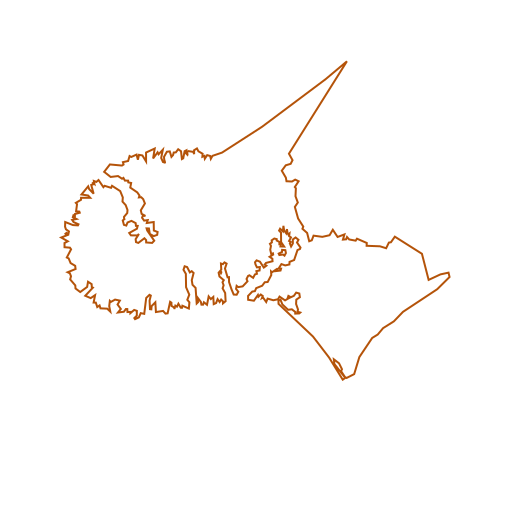 Christchurch City, Canterbury, New Zealand, rotated 151°
{"feature_id": "76426892B12142127553015", "entity_name": "Christchurch City", "entity_type": "district", "adm_level": 2, "iso_a3": "NZL", "parent_name": "New Zealand", "parent_adm1": "Canterbury", "projection": "equal_earth", "projection_center": [172.85, -43.646], "detail": "fine", "context": "isolated", "style": "outline", "palette": "amber", "viewbox_px": 512, "rotation_deg": 151, "n_neighbors": 0, "source": "geoboundaries", "source_scale": "gbopen_adm2", "svg_char_len": 6164}
<svg xmlns="http://www.w3.org/2000/svg" viewBox="0 0 512 512"><g transform="rotate(151 256 256)"><path d="M96.9,143.8L95.7,148.1L103.6,150.5L116.6,151.4L109.8,177.5L125.2,205.6L131.3,202.6L133.3,203.3L138.4,199.7L142.9,204.4L154.3,211.3L152.8,213.7L159.3,222.2L161.4,221.1L166.5,225.3L167.2,228.5L169.1,226.9L172.0,228.2L168.2,232.0L175.4,233.1L176.1,241.7L181.6,238.5L188.7,240.6L195.8,245.9L199.6,242.7L202.3,243.1L200.1,251.4L202.2,257.3L200.4,258.8L201.0,268.4L198.2,280.1L193.5,282.5L192.5,289.1L188.3,295.9L188.6,297.5L182.5,300.7L184.7,303.8L188.4,303.7L193.1,306.6L191.9,310.0L192.1,318.1L186.0,320.9L181.0,319.8L177.6,322.1L177.6,329.5L82.1,382.2L109.4,376.9L187.9,366.1L235.6,362.9L245.5,364.7L248.4,362.9L247.6,365.7L249.8,367.9L253.6,365.9L252.6,368.6L254.8,368.8L253.1,371.3L255.6,375.5L255.5,378.7L258.9,378.5L260.7,375.1L260.4,377.5L264.4,380.6L266.0,380.1L266.6,378.1L266.9,377.8L267.6,380.4L265.9,382.2L267.6,382.3L272.3,376.7L273.8,376.7L270.8,384.0L272.3,387.1L275.9,385.5L277.8,386.4L279.6,384.5L281.9,383.7L280.7,389.3L283.4,390.4L288.4,387.3L289.5,384.9L290.0,382.6L290.3,381.9L290.5,381.9L291.8,383.3L291.4,387.7L286.0,394.1L291.9,392.2L291.8,394.4L298.7,391.2L292.5,399.1L302.0,399.8L306.3,392.0L306.6,399.0L309.3,401.2L312.6,397.5L311.3,402.6L317.1,403.1L318.1,404.7L321.8,401.1L326.9,402.6L327.5,400.2L329.4,400.1L339.4,406.9L348.0,403.2L344.8,395.6L337.9,392.8L335.7,388.5L334.1,388.6L334.1,385.5L331.3,383.9L332.0,382.3L329.8,380.4L332.8,376.8L329.0,369.2L328.6,365.3L330.0,364.0L327.9,363.1L327.1,360.4L327.7,355.8L334.6,351.8L335.6,348.3L333.3,344.7L335.6,346.0L337.1,344.7L336.7,341.2L333.3,339.9L335.5,337.8L329.0,335.3L333.0,327.8L330.4,324.7L332.2,322.4L335.8,323.0L338.2,326.8L336.3,332.0L338.3,333.2L338.8,331.1L337.6,318.7L340.5,317.8L345.5,321.1L344.4,323.2L345.0,325.6L352.6,324.5L354.2,326.3L353.1,329.1L347.7,332.0L349.8,331.5L355.4,334.7L355.7,337.6L346.9,337.6L344.9,339.7L346.4,340.6L345.3,343.1L347.9,347.1L352.1,347.6L354.7,345.5L356.4,347.3L355.3,351.7L352.4,352.2L353.3,352.4L352.5,354.2L347.8,356.0L346.1,358.5L345.3,363.7L346.4,368.3L344.1,371.8L343.3,378.6L347.9,387.2L349.7,385.9L354.4,390.8L356.1,390.2L356.9,398.8L359.7,398.2L361.4,400.2L362.4,397.3L363.4,399.7L363.5,397.6L365.7,398.0L367.8,389.2L369.5,395.4L369.0,398.3L378.8,394.4L373.5,390.3L372.8,387.3L380.8,391.7L381.8,390.0L387.8,389.8L387.4,388.1L391.7,382.3L389.0,380.5L389.2,379.3L394.0,380.5L395.0,378.8L395.9,380.1L397.4,378.7L395.1,375.4L399.3,376.7L399.1,374.1L395.9,369.8L396.9,369.1L401.1,371.8L406.4,378.2L408.8,374.2L409.3,371.5L407.7,368.2L409.5,366.1L410.5,368.1L411.9,367.8L411.2,365.8L417.4,366.6L413.5,360.1L417.2,360.2L419.2,356.5L414.7,353.5L414.5,351.5L422.2,346.4L421.0,344.7L421.6,339.7L418.9,335.1L420.1,332.1L428.6,333.1L427.2,331.1L427.6,328.0L429.9,325.6L428.3,317.9L429.6,315.1L427.2,309.7L418.7,310.8L415.4,314.9L413.4,311.1L414.7,308.4L414.0,307.4L424.6,304.0L421.0,299.3L415.7,299.8L420.6,294.0L418.7,292.9L419.6,288.3L416.8,288.6L417.4,285.6L411.7,282.1L410.4,278.0L408.7,283.3L405.6,287.6L405.2,286.2L400.4,286.2L396.7,283.0L400.6,280.7L399.9,275.2L404.1,273.5L398.6,271.3L395.5,272.7L394.3,272.0L395.6,269.3L393.0,268.0L393.6,266.9L388.7,267.9L386.8,265.8L389.2,261.6L392.5,260.7L392.4,259.4L388.2,259.1L384.5,261.9L381.8,259.6L372.4,272.5L368.0,273.7L367.2,272.4L370.7,268.6L374.5,260.9L373.4,260.1L371.6,262.8L366.5,264.3L370.7,255.5L363.9,253.0L363.1,249.5L361.1,248.7L353.3,257.6L352.6,256.2L354.1,253.3L352.5,250.6L353.1,249.2L350.6,251.7L349.7,250.0L347.0,251.9L346.9,247.3L345.9,246.6L344.5,248.2L340.2,242.6L336.7,247.8L337.3,251.0L333.1,254.5L332.3,262.6L326.0,274.4L326.1,279.1L323.4,281.6L321.6,279.7L321.8,273.7L319.6,273.9L318.8,271.4L323.9,266.0L325.5,261.6L324.3,257.4L330.9,243.2L329.1,243.7L327.3,248.3L326.5,242.5L327.3,239.9L325.9,239.1L324.0,240.8L322.5,237.1L317.0,243.6L316.4,240.2L313.2,240.9L316.3,234.4L313.7,234.2L310.5,236.9L310.1,233.4L307.6,234.8L306.9,232.3L307.8,230.6L304.5,231.2L300.9,238.6L300.9,243.9L298.5,246.1L298.0,249.3L295.9,250.5L297.9,255.8L296.8,259.5L293.0,260.9L290.3,266.4L288.9,264.9L286.7,265.7L285.4,263.6L289.2,260.1L291.2,251.1L289.9,250.6L292.2,246.3L293.6,238.6L294.2,233.1L291.7,231.5L288.8,233.3L289.4,236.9L287.4,239.3L286.6,237.4L282.4,235.9L275.7,238.0L275.4,240.5L272.6,242.4L271.1,242.3L269.1,238.3L265.9,240.4L263.8,240.0L263.0,242.6L259.9,241.6L258.0,244.5L260.7,245.6L260.5,249.0L259.9,251.0L257.6,251.9L255.3,249.1L254.8,242.1L251.6,242.5L252.5,244.3L250.6,245.1L244.1,243.4L243.0,245.7L244.5,248.7L240.3,248.9L239.9,250.1L241.7,250.4L240.5,254.6L238.0,257.6L237.9,259.9L235.5,260.2L234.7,262.1L231.5,262.4L229.7,260.7L230.4,259.5L228.7,257.0L229.8,255.0L228.5,254.5L230.0,252.5L226.8,250.6L227.3,256.0L222.8,264.3L223.5,267.0L221.7,268.2L220.5,264.5L217.4,269.1L219.0,264.7L218.6,261.3L215.9,264.5L217.3,260.8L217.3,259.2L215.8,259.5L217.4,257.3L216.4,255.3L219.8,253.1L218.8,251.4L220.3,250.6L220.7,247.3L217.7,249.1L215.8,252.6L212.4,253.0L211.0,249.6L213.6,247.9L213.0,241.8L214.2,240.8L216.8,241.1L224.6,234.0L229.5,234.6L230.9,232.4L235.0,233.6L237.7,236.6L242.3,234.1L240.2,232.8L241.6,231.4L245.8,233.1L243.1,234.6L249.9,234.0L250.3,235.2L251.9,231.9L258.4,227.6L261.1,228.8L265.0,227.0L271.4,227.8L274.0,225.8L276.5,226.7L282.3,224.9L284.1,221.5L279.5,217.9L273.2,221.0L273.6,219.2L270.5,220.0L269.5,217.7L271.2,216.3L270.0,216.3L269.4,210.8L266.5,213.1L262.3,208.9L257.7,207.5L255.1,209.1L252.1,203.1L247.7,203.2L249.1,203.5L247.0,205.4L245.6,203.2L247.6,203.2L242.2,202.8L238.6,204.5L236.3,202.2L237.6,198.7L241.9,198.3L244.2,194.6L245.2,188.8L246.7,187.2L244.7,185.1L246.0,184.8L249.6,186.6L248.8,188.1L250.5,192.0L254.0,193.4L256.4,200.9L255.8,205.8L258.0,206.1L259.5,203.2L245.2,157.9L241.3,131.7L240.1,105.8L237.0,106.1L239.8,123.5L238.0,127.9L235.4,121.9L235.7,115.3L237.4,114.1L236.9,107.1L235.9,105.4L227.4,105.1L214.6,117.5L194.1,128.0L187.6,128.3L179.8,131.3L167.1,132.0L154.5,135.9L113.6,139.1L96.9,143.8ZM231.7,244.2L230.9,242.5L228.4,244.1L227.5,246.9L230.2,248.7L231.3,246.9L235.0,247.1L235.1,245.5L231.7,244.2ZM293.9,259.6L295.0,258.1L295.0,257.9L294.4,258.3L293.9,259.6Z" fill="none" stroke="#b45309" stroke-width="2"/></g></svg>